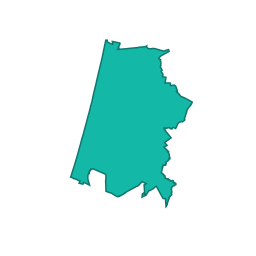 outline of Pijijiapan, Chiapas, Mexico, rotated 60°
{"feature_id": "50627088B85792572299721", "entity_name": "Pijijiapan", "entity_type": "district", "adm_level": 2, "iso_a3": "MEX", "parent_name": "Mexico", "parent_adm1": "Chiapas", "projection": "natural_earth1", "projection_center": [-93.116, 15.653], "detail": "fine", "context": "isolated", "style": "filled", "palette": "teal", "viewbox_px": 256, "rotation_deg": 60, "n_neighbors": 0, "source": "geoboundaries", "source_scale": "gbopen_adm2", "svg_char_len": 5504}
<svg xmlns="http://www.w3.org/2000/svg" viewBox="0 0 256 256"><g transform="rotate(60 128 128)"><path d="M40.8,103.3L48.4,110.1L54.5,115.5L61.0,121.7L64.5,125.0L69.5,129.7L72.0,132.1L73.5,133.4L80.2,139.8L88.0,146.9L89.0,148.0L90.9,150.0L91.3,150.2L92.0,150.8L92.3,151.2L95.4,154.2L96.1,155.0L97.0,155.9L104.1,162.9L108.6,167.5L109.3,168.1L112.5,171.4L114.4,173.5L115.2,174.3L116.5,175.5L124.4,183.5L132.9,192.4L142.0,202.3L142.6,201.6L144.1,200.5L144.6,200.4L144.8,200.2L145.1,199.9L145.2,199.7L146.0,198.9L148.4,197.2L149.0,196.8L149.8,196.0L151.4,198.0L154.1,195.1L152.8,193.6L157.1,190.6L158.3,189.8L156.3,189.4L154.0,188.8L151.4,188.0L148.7,186.2L148.0,185.3L147.7,184.5L148.0,184.2L147.5,183.9L147.0,183.6L146.5,183.5L145.8,182.8L145.8,182.7L146.0,182.4L146.2,182.0L145.9,181.8L145.8,181.7L145.8,181.2L145.6,181.0L145.2,180.9L145.0,180.6L145.1,180.4L145.3,180.1L145.5,179.9L145.7,179.6L145.7,178.8L153.5,173.0L157.2,170.3L159.7,171.8L161.6,173.0L162.2,173.5L163.6,174.4L166.5,175.8L171.7,178.7L174.0,177.0L176.1,175.0L176.4,174.8L178.9,173.5L181.1,172.2L182.3,171.4L182.5,169.7L182.8,169.8L183.0,166.5L182.9,163.0L182.6,162.9L182.6,160.9L182.6,160.2L182.6,159.3L182.6,158.3L182.6,156.5L182.8,155.4L182.7,154.5L182.8,152.6L182.8,150.9L183.1,147.6L181.4,142.5L181.9,142.3L185.3,140.1L185.4,140.7L185.3,142.6L187.6,143.6L190.6,145.1L191.7,145.7L194.3,146.8L192.1,146.8L192.3,147.9L192.2,148.5L194.9,150.4L195.1,146.8L194.8,146.8L195.1,145.8L192.7,141.3L193.0,141.2L193.2,136.5L192.5,133.8L192.6,132.6L206.7,132.9L207.8,130.9L215.2,134.4L215.1,134.1L214.7,133.8L214.6,133.3L214.1,133.1L214.1,132.9L213.9,132.3L213.7,132.0L213.3,131.8L212.8,131.7L212.6,131.6L212.1,130.6L211.8,130.3L211.4,129.8L210.4,129.2L210.4,128.8L210.3,128.5L210.1,128.3L210.0,128.1L209.6,127.7L209.3,127.5L209.0,127.5L208.7,127.4L208.5,127.1L208.6,126.7L208.5,126.0L208.1,125.5L208.0,125.4L207.9,124.8L207.8,124.6L207.9,124.0L207.8,123.7L207.5,123.5L207.4,123.4L207.2,123.4L207.0,123.2L206.7,123.2L206.4,123.0L206.3,122.9L206.0,122.9L205.8,122.6L205.7,122.4L205.4,122.3L205.3,122.2L205.2,121.9L204.8,121.8L204.3,121.7L203.9,121.7L203.6,121.6L203.3,121.6L203.0,121.3L202.7,120.7L202.2,120.7L201.8,120.2L201.5,120.1L201.2,120.1L201.0,119.7L201.1,119.1L201.1,118.9L200.9,118.7L200.9,118.4L200.8,118.0L200.7,117.9L201.1,116.9L201.1,116.6L200.8,116.1L200.7,115.6L201.0,115.3L201.0,115.2L200.9,114.8L200.6,114.7L200.3,114.4L199.6,114.5L198.8,114.9L198.6,115.2L198.5,115.8L198.3,116.0L197.9,116.1L197.7,116.0L197.3,115.4L197.1,115.3L196.7,115.2L196.3,115.3L195.8,115.7L195.6,116.0L195.5,116.5L195.7,116.8L195.5,117.2L195.3,117.4L194.5,117.8L194.1,117.7L193.7,118.0L193.4,118.3L193.0,119.0L192.9,119.0L192.5,118.6L192.4,118.6L192.1,118.6L191.7,119.0L191.5,119.3L191.3,119.8L190.9,120.1L190.7,120.5L190.4,120.7L189.9,120.9L189.8,121.0L189.1,120.3L188.8,120.2L188.6,120.3L188.2,120.3L188.0,120.1L187.7,120.0L187.5,120.3L187.4,120.6L187.2,120.7L186.8,120.5L186.4,120.3L185.2,120.7L183.6,121.6L179.7,118.0L179.4,117.6L179.3,117.8L179.2,118.0L177.6,116.0L177.9,115.9L178.7,114.8L179.0,114.4L179.0,114.0L178.8,114.0L178.3,113.6L178.2,113.0L178.0,112.7L177.2,112.6L176.9,112.5L176.7,112.4L176.4,111.2L176.5,110.4L176.3,109.5L176.3,109.1L176.1,108.8L175.8,108.6L175.3,108.5L175.2,108.2L175.7,107.2L175.3,106.8L174.7,106.5L174.1,106.6L173.8,106.6L173.2,106.3L171.7,105.6L170.1,105.2L169.1,105.4L168.1,105.4L168.3,104.8L162.5,106.4L162.7,102.8L161.0,103.1L159.4,103.5L158.9,103.6L158.1,95.6L147.6,97.2L147.6,96.9L147.5,96.4L147.4,96.3L146.7,96.5L146.4,96.8L146.2,96.9L146.0,96.7L146.5,96.1L146.6,95.7L146.8,95.5L146.9,95.3L147.2,94.8L147.7,94.4L147.7,94.2L147.6,93.3L147.7,93.0L148.5,92.3L148.7,91.9L148.7,91.7L148.8,91.6L149.6,91.7L149.9,91.5L150.1,91.3L150.3,91.2L150.5,90.8L150.8,90.5L150.8,90.3L150.7,90.1L150.1,89.5L150.0,89.1L150.1,88.7L150.8,88.0L152.2,87.1L151.9,86.3L149.2,82.8L148.8,80.7L149.0,79.3L149.1,78.6L149.9,77.7L149.9,77.3L149.6,76.0L149.7,75.5L149.6,75.3L149.5,74.9L149.1,74.6L148.7,74.5L148.4,74.6L147.9,74.3L147.4,73.5L147.0,73.2L146.8,72.8L146.5,72.6L146.0,72.0L145.8,71.8L144.8,70.9L144.5,70.8L144.4,70.3L143.1,68.9L142.6,68.7L142.3,68.3L142.0,68.0L141.8,67.7L141.8,67.4L141.1,66.4L140.3,64.5L140.2,64.1L140.1,63.9L139.9,63.3L139.8,62.8L139.5,62.3L139.3,61.9L139.2,61.6L139.1,61.4L138.5,60.4L137.7,59.4L130.3,63.9L130.2,64.0L127.3,66.2L126.3,66.6L124.0,66.8L120.7,67.8L120.6,67.4L120.7,66.7L115.8,65.8L114.0,66.4L113.8,67.3L113.3,67.7L113.3,68.6L112.4,69.9L110.3,68.9L109.4,70.2L109.3,70.4L109.1,70.6L107.7,73.4L103.0,69.8L100.9,72.5L100.7,72.3L100.6,72.1L100.1,71.9L99.9,71.7L99.6,71.2L99.3,71.0L99.1,70.9L98.5,70.9L97.1,70.9L96.8,71.0L96.3,71.2L95.9,71.1L95.5,70.9L95.4,70.6L95.4,70.1L95.2,69.7L94.6,69.5L94.2,69.4L93.9,69.5L92.9,69.3L92.5,69.5L92.2,69.6L91.4,69.5L91.1,69.3L90.5,68.5L89.3,67.7L89.0,67.7L88.7,67.3L87.3,66.6L86.8,66.7L86.5,66.6L86.2,66.2L85.6,66.1L85.4,65.9L85.1,65.6L84.9,65.8L84.7,66.2L84.4,66.2L84.1,66.4L83.1,66.7L82.0,63.7L82.0,63.4L82.2,54.1L80.4,53.7L80.0,54.9L79.3,58.5L79.1,58.8L78.0,59.8L76.8,61.2L75.8,61.9L75.3,62.5L72.8,64.9L71.6,66.5L70.5,69.3L69.8,70.1L69.0,71.0L67.2,71.3L66.8,71.3L66.7,71.3L66.3,70.9L66.2,72.2L64.6,76.0L63.8,77.4L63.1,79.7L61.0,84.2L58.1,90.7L54.8,97.6L54.6,97.0L54.3,95.9L54.1,95.8L53.8,95.8L53.4,96.0L53.2,96.1L52.8,95.6L52.7,95.3L52.5,94.6L52.1,94.3L52.0,93.9L51.9,93.7L51.7,93.4L51.2,93.2L50.9,93.0L50.8,92.9L50.7,92.6L50.4,92.5L45.2,98.3L47.3,99.0L47.8,99.4L47.9,99.7L43.1,102.9L41.5,102.1L40.8,103.3Z" fill="#14b8a6" stroke="#0f766e" stroke-width="1.5"/></g></svg>